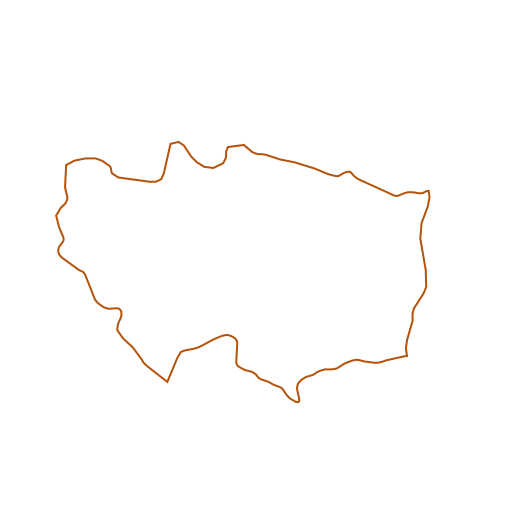 SVG path tracing the border of Campobasso, rotated 70°
{"feature_id": "ITA-5401", "entity_name": "Campobasso", "entity_type": "Province", "adm_level": 1, "iso_a3": "ITA", "parent_name": "Italy", "parent_adm1": "", "projection": "mercator", "projection_center": [14.809, 41.724], "detail": "fine", "context": "isolated", "style": "outline", "palette": "amber", "viewbox_px": 512, "rotation_deg": 70, "n_neighbors": 0, "source": "natural_earth", "source_scale": "10m", "svg_char_len": 2383}
<svg xmlns="http://www.w3.org/2000/svg" viewBox="0 0 512 512"><g transform="rotate(70 256 256)"><path d="M253.8,71.5L260.3,72.9L268.0,77.5L281.8,89.2L295.7,95.6L327.2,101.3L343.4,106.7L348.7,111.6L359.3,125.6L363.5,128.5L370.4,131.0L386.5,142.7L393.9,146.7L401.7,148.3L401.1,149.9L398.5,169.9L398.6,172.8L398.1,177.3L397.2,180.5L392.3,190.0L388.5,195.6L387.6,198.1L387.2,201.3L387.2,207.1L387.5,210.3L389.3,218.5L389.0,221.1L388.1,224.6L386.0,230.3L385.8,235.8L386.1,238.9L386.8,241.0L387.2,243.2L386.8,250.1L387.6,254.7L389.0,258.0L389.9,259.5L391.0,260.7L392.5,261.7L394.1,262.6L396.1,263.1L405.1,264.3L407.0,264.9L407.7,266.2L407.0,268.2L402.2,272.3L400.2,273.5L396.9,274.8L389.7,276.6L388.2,277.6L386.7,279.1L383.0,283.5L378.5,287.3L373.6,293.4L372.0,294.8L370.5,295.6L367.0,296.7L365.0,298.1L362.7,300.4L359.4,305.4L354.8,309.5L352.7,310.9L350.7,311.1L349.0,310.9L331.5,303.4L329.5,303.1L327.7,303.3L326.2,304.0L324.7,304.9L322.2,307.3L321.1,308.7L320.2,310.7L319.6,313.2L319.4,317.3L319.9,324.6L322.1,340.3L322.1,342.5L321.8,347.0L320.6,353.5L320.4,355.8L320.4,357.8L320.6,359.6L325.0,364.9L344.0,382.4L321.3,396.5L317.4,398.3L314.4,398.7L299.6,403.1L288.2,409.0L278.6,411.7L276.7,411.1L273.6,409.5L270.9,407.3L268.5,404.8L267.0,403.6L265.2,402.5L262.1,401.6L260.1,401.9L258.6,402.9L257.7,404.3L257.0,406.1L255.4,412.0L254.1,414.2L252.0,416.6L247.3,420.0L244.5,421.4L241.9,422.2L216.0,422.9L213.2,423.4L211.7,424.0L208.7,427.1L191.1,439.0L188.1,440.2L185.4,440.5L183.5,440.1L181.8,439.2L180.4,438.2L179.4,437.0L176.6,432.6L175.1,431.3L173.0,430.6L161.4,431.2L156.7,430.7L149.7,430.0L144.1,423.2L141.5,417.3L138.8,414.5L136.5,413.1L129.6,412.5L125.5,411.7L105.6,403.3L104.3,394.0L105.9,383.2L109.4,373.4L114.0,367.9L121.8,362.5L123.7,362.3L127.6,363.1L129.3,362.9L135.1,358.5L150.0,330.3L152.0,324.3L151.4,318.8L146.9,314.4L121.4,298.0L122.3,289.9L127.3,286.0L140.4,282.9L147.7,279.5L154.6,274.0L158.7,266.0L157.6,255.1L153.3,250.6L147.6,248.3L144.0,245.2L147.5,229.4L156.9,224.1L158.8,222.2L160.9,219.4L162.0,216.5L163.7,212.9L173.6,200.2L181.1,187.8L193.9,170.9L203.6,160.4L207.5,154.8L209.1,151.6L208.8,149.6L208.1,145.4L207.9,143.1L208.5,139.7L209.8,138.3L214.9,136.3L218.8,133.6L246.4,105.5L247.9,102.9L248.0,100.9L247.7,96.9L247.9,92.6L248.3,90.5L250.3,85.7L252.4,82.1L253.4,79.9L253.8,78.2L253.4,73.1L253.8,71.5Z" fill="none" stroke="#b45309" stroke-width="2"/></g></svg>